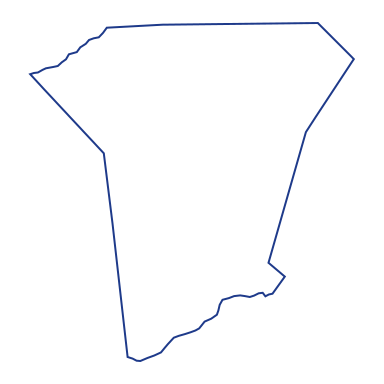 Paes Landim, Piauí, Brazil (Natural Earth projection)
{"feature_id": "56859067B98059440122572", "entity_name": "Paes Landim", "entity_type": "district", "adm_level": 2, "iso_a3": "BRA", "parent_name": "Brazil", "parent_adm1": "Piauí", "projection": "natural_earth1", "projection_center": [-42.304, -7.837], "detail": "fine", "context": "isolated", "style": "outline", "palette": "blue", "viewbox_px": 384, "rotation_deg": 0, "n_neighbors": 0, "source": "geoboundaries", "source_scale": "gbopen_adm2", "svg_char_len": 831}
<svg xmlns="http://www.w3.org/2000/svg" viewBox="0 0 384 384"><path d="M272.5,293.7L284.8,276.6L268.5,262.8L305.9,132.1L315.8,116.8L353.8,59.1L350.9,56.1L317.8,23.0L162.5,24.7L106.8,27.7L103.0,32.9L98.8,37.3L93.7,38.3L89.0,40.0L85.8,43.8L80.3,47.3L76.8,52.1L68.9,54.3L66.0,59.3L61.8,62.3L57.8,66.0L53.1,67.0L45.9,68.3L42.5,69.9L37.9,72.5L33.9,73.0L30.2,74.2L43.9,89.1L103.8,153.3L112.5,223.4L127.6,357.0L132.6,358.6L136.6,360.7L140.3,361.0L147.4,358.0L154.3,355.5L161.0,352.4L164.6,348.0L167.9,344.1L173.8,337.7L178.9,335.8L184.9,334.1L190.5,332.3L195.4,330.5L199.2,328.4L204.6,321.6L211.2,318.7L216.9,314.7L218.4,310.4L219.7,304.8L222.5,299.8L228.9,298.1L234.1,296.1L240.2,295.4L245.0,296.1L249.8,297.0L254.1,295.6L258.7,293.3L262.7,292.8L265.4,296.3L268.8,294.5L272.5,293.7Z" fill="none" stroke="#1e3a8a" stroke-width="2"/></svg>